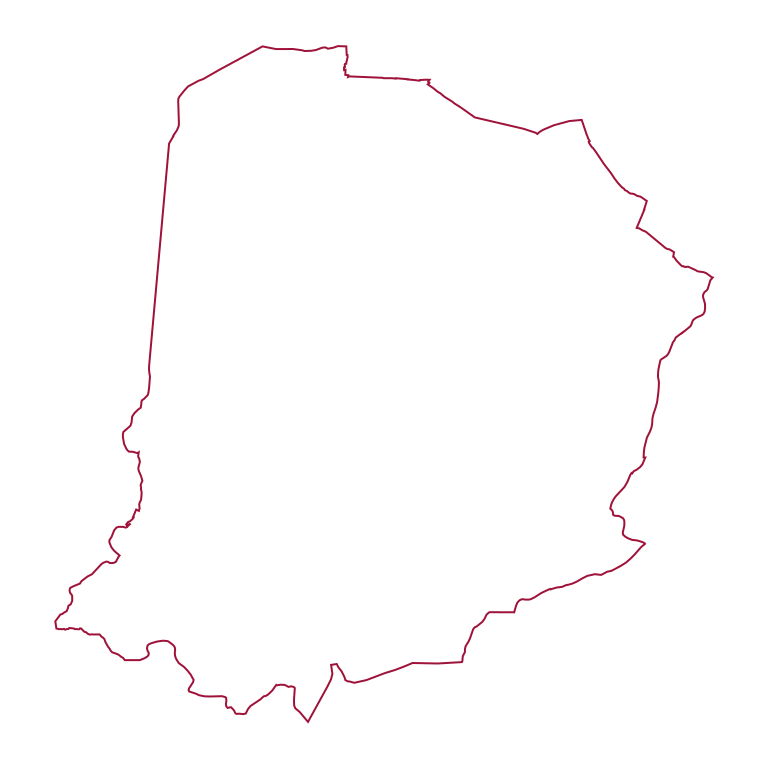 the district of Galapa, Atlántico, Colombia
{"feature_id": "7082276B48939635057029", "entity_name": "Galapa", "entity_type": "district", "adm_level": 2, "iso_a3": "COL", "parent_name": "Colombia", "parent_adm1": "Atlántico", "projection": "robinson", "projection_center": [-74.884, 10.897], "detail": "fine", "context": "isolated", "style": "outline", "palette": "rose", "viewbox_px": 768, "rotation_deg": 0, "n_neighbors": 0, "source": "geoboundaries", "source_scale": "gbopen_adm2", "svg_char_len": 6026}
<svg xmlns="http://www.w3.org/2000/svg" viewBox="0 0 768 768"><path d="M203.1,79.1L198.7,80.7L188.1,86.4L184.6,90.2L179.6,96.4L178.4,98.6L178.2,101.1L178.9,122.9L178.8,125.6L177.9,128.1L176.7,130.6L174.0,134.6L173.1,136.1L173.3,136.3L169.1,143.5L149.1,366.0L149.0,369.3L149.4,373.4L150.0,376.4L149.1,387.8L148.4,392.8L147.7,395.1L144.0,398.9L141.9,400.4L141.4,401.8L141.3,404.0L140.7,407.7L137.9,409.7L134.4,413.2L132.2,416.5L131.5,422.7L130.4,425.8L123.4,431.9L122.9,434.1L122.9,437.1L124.1,444.0L126.5,449.0L127.8,450.6L128.9,451.6L133.0,451.8L136.9,453.0L137.8,452.9L138.7,452.3L138.2,455.6L138.3,457.1L139.1,458.3L139.9,461.9L138.4,467.6L138.4,469.2L138.9,471.2L141.1,476.2L142.4,480.9L141.6,482.4L140.6,485.3L141.1,487.4L141.0,489.6L141.6,491.8L141.6,493.9L141.1,499.6L139.6,502.8L139.2,504.5L139.6,508.5L138.9,510.9L136.2,509.5L133.0,517.2L133.6,517.4L132.6,519.0L129.9,521.4L128.2,521.9L126.2,524.4L127.2,525.9L127.9,525.0L129.7,524.0L129.9,524.2L128.4,525.5L127.1,527.1L125.4,527.6L123.5,526.9L119.0,526.8L116.5,527.5L114.1,530.4L111.7,536.6L109.4,540.3L109.4,542.3L111.2,546.9L112.6,548.9L114.7,551.3L119.6,555.5L118.5,556.9L115.8,561.9L113.9,562.8L111.7,563.1L109.5,562.9L108.0,561.8L106.4,561.6L103.2,562.8L101.3,564.2L91.9,574.3L87.5,576.5L84.9,578.5L81.3,581.3L79.9,583.6L73.7,586.1L70.2,587.9L69.6,589.8L69.7,591.4L70.2,593.0L71.4,594.4L72.2,595.9L72.2,601.0L70.6,604.4L68.5,605.7L67.8,608.5L66.6,611.2L64.0,612.6L62.3,614.0L60.4,614.5L55.3,621.3L56.4,628.5L59.0,629.2L60.8,629.0L62.0,629.3L64.1,628.9L64.7,629.5L65.4,629.6L66.8,629.1L68.3,629.0L69.4,628.0L73.9,628.5L74.6,629.0L79.0,629.3L79.5,629.1L79.9,628.4L81.0,628.4L83.9,631.4L84.6,631.9L86.0,632.2L87.8,633.8L89.7,634.6L92.3,634.3L93.3,634.5L99.3,634.4L100.0,634.8L101.6,636.8L102.7,637.4L104.4,639.1L105.5,642.2L108.1,646.8L109.7,648.8L110.6,650.6L112.2,652.3L117.6,654.2L119.5,655.4L121.0,656.7L123.1,657.9L124.7,660.1L139.8,660.1L143.0,658.9L145.1,657.9L147.6,656.3L148.7,654.6L148.7,652.8L147.6,650.8L147.0,648.4L147.4,646.0L148.1,645.0L149.0,644.2L151.7,643.1L156.8,641.6L162.8,640.7L167.0,641.0L168.5,641.5L173.2,645.1L174.4,646.6L175.0,648.1L175.1,650.3L174.8,652.5L175.0,655.6L175.9,658.4L177.8,661.6L178.8,663.1L184.1,667.0L187.7,670.8L190.9,674.9L192.4,677.8L193.5,679.5L193.5,680.5L193.0,682.3L189.1,688.2L188.6,690.1L189.2,691.5L195.9,693.7L199.0,695.2L204.4,696.3L209.2,696.5L222.0,696.2L225.0,697.0L226.1,697.8L226.4,700.8L225.9,703.9L226.3,706.4L227.6,707.9L231.0,707.2L233.5,709.8L234.3,710.9L235.0,712.6L235.8,713.6L236.5,713.9L239.3,713.7L243.1,714.1L245.7,713.6L248.1,708.9L250.5,706.0L260.4,699.4L263.6,696.4L266.1,695.8L268.1,694.5L272.2,690.6L276.3,684.9L277.1,685.3L280.6,684.7L284.3,684.9L286.0,685.5L288.1,686.7L288.9,686.9L290.8,686.3L293.5,686.9L294.6,687.7L294.8,688.2L294.0,699.7L294.1,704.1L294.3,706.0L295.3,708.3L299.7,712.0L308.0,721.9L327.4,686.6L331.0,679.4L332.4,673.8L331.1,664.9L336.7,664.0L338.4,667.3L341.6,671.4L344.4,676.9L345.4,680.1L347.7,681.3L350.0,681.6L354.2,682.8L366.4,680.1L384.9,673.1L395.0,670.0L404.7,666.3L412.5,663.0L437.9,663.5L461.9,662.1L462.4,661.0L462.7,656.9L463.0,655.8L464.9,652.1L465.0,648.8L465.7,646.0L468.5,641.6L470.1,638.1L473.1,629.4L474.6,627.4L476.6,626.5L482.4,621.8L484.5,618.9L486.5,614.7L488.7,612.7L489.5,612.2L491.1,612.2L514.2,612.3L516.0,605.9L517.4,602.6L519.2,600.6L520.8,599.6L522.5,599.2L525.6,599.6L528.8,599.6L530.7,599.2L534.6,597.3L541.3,593.0L548.0,589.8L550.1,589.0L550.4,589.4L556.4,587.6L562.3,586.8L566.1,585.1L569.3,584.5L572.6,583.5L576.6,581.7L582.3,578.4L587.2,575.9L594.8,574.2L601.2,574.9L607.0,571.8L611.5,570.8L620.9,565.8L626.1,562.5L631.2,558.0L634.8,554.3L641.0,547.2L645.0,543.8L644.7,543.3L642.9,542.3L639.8,541.2L636.8,540.4L632.2,539.9L628.5,538.5L625.4,536.8L623.3,534.9L623.0,534.3L622.8,532.5L624.3,525.7L624.4,521.4L624.0,519.8L623.0,518.2L619.8,516.4L618.7,516.0L614.7,515.7L613.4,515.1L613.1,514.6L612.9,512.2L612.4,510.9L611.6,509.8L610.3,508.7L611.1,505.0L611.8,502.9L613.5,499.6L615.4,496.7L624.5,486.9L627.5,481.7L630.2,475.1L631.2,473.4L631.8,472.9L632.3,473.3L633.7,471.2L636.5,469.8L640.1,467.1L642.4,464.3L645.2,457.7L645.3,457.5L643.6,457.4L643.9,451.6L644.4,447.7L646.9,437.6L649.9,431.7L651.4,427.8L652.1,424.3L652.5,418.1L653.4,414.2L655.7,407.4L657.1,402.1L658.3,392.8L658.8,386.6L658.9,382.8L658.7,380.6L658.0,376.7L658.0,374.1L658.3,370.4L659.0,366.5L660.4,360.3L661.3,359.3L666.4,356.0L667.9,354.3L669.2,352.0L672.9,342.4L674.4,340.4L675.8,337.5L682.4,332.5L682.4,332.8L689.9,326.7L690.9,325.5L691.4,324.3L692.9,320.4L694.5,318.9L696.6,317.5L701.2,315.5L702.9,314.5L703.9,313.2L704.7,311.3L705.1,308.1L705.0,303.8L703.1,297.3L703.1,294.7L704.4,292.2L706.7,290.4L707.7,289.0L710.2,280.8L710.6,280.0L712.7,277.5L711.9,277.3L706.3,273.2L703.7,272.2L697.5,271.3L695.6,270.1L688.1,266.7L685.1,267.0L684.1,266.7L683.6,266.2L682.2,266.3L680.9,265.2L676.5,260.6L673.8,256.8L673.2,256.7L674.0,252.2L669.6,249.4L667.6,249.1L665.6,248.1L645.8,231.7L642.4,230.3L639.3,228.4L636.7,227.9L644.3,209.8L644.0,209.8L646.8,201.0L640.6,196.7L637.0,195.8L634.4,194.2L632.6,193.7L630.3,193.5L629.1,192.8L626.9,191.0L624.9,190.1L623.8,188.5L621.9,187.3L618.1,183.2L614.5,178.5L610.9,173.0L604.0,164.1L596.7,153.1L593.0,148.0L592.0,147.3L589.3,143.4L588.7,141.9L589.7,141.1L588.5,139.2L586.5,134.1L581.7,119.9L569.1,121.1L554.0,125.2L543.1,129.8L539.8,131.8L537.3,134.0L535.8,132.8L523.6,128.8L474.8,117.4L460.1,107.0L454.2,103.3L452.4,101.7L444.5,96.8L440.4,93.3L437.6,91.7L433.5,88.3L427.8,84.4L429.4,82.9L428.1,81.9L429.6,79.8L425.3,79.7L419.7,80.1L419.5,80.7L412.2,79.8L407.7,79.5L407.8,79.2L395.7,78.2L395.7,78.6L391.9,78.2L383.7,78.2L382.6,77.8L349.3,76.4L348.0,77.0L348.3,75.2L345.3,74.9L345.5,69.8L344.1,70.1L344.0,67.4L345.0,67.0L344.7,64.8L345.0,64.0L346.3,63.7L346.3,62.7L347.6,57.1L347.5,55.0L346.7,54.9L346.3,46.4L337.9,46.1L333.4,47.7L327.9,48.7L325.9,47.6L324.5,47.4L321.9,47.8L316.0,50.0L311.2,50.8L304.4,51.0L302.3,50.3L292.9,49.0L276.1,49.1L262.5,46.4L219.7,69.6L203.1,79.1Z" fill="none" stroke="#9f1239" stroke-width="2"/></svg>